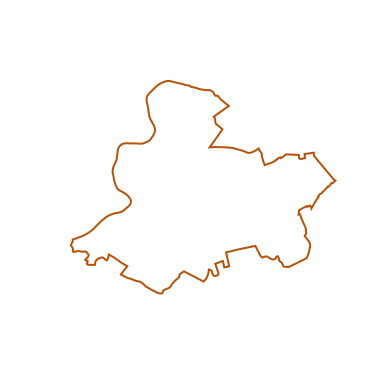 the district of Thu Dau Mot, Bình Dương, Vietnam, rotated 63°
{"feature_id": "81297802B23780781410203", "entity_name": "Thu Dau Mot", "entity_type": "district", "adm_level": 2, "iso_a3": "VNM", "parent_name": "Vietnam", "parent_adm1": "Bình Dương", "projection": "orthographic", "projection_center": [106.667, 11.014], "detail": "fine", "context": "isolated", "style": "outline", "palette": "amber", "viewbox_px": 384, "rotation_deg": 63, "n_neighbors": 0, "source": "geoboundaries", "source_scale": "gbopen_adm2", "svg_char_len": 5156}
<svg xmlns="http://www.w3.org/2000/svg" viewBox="0 0 384 384"><g transform="rotate(63 192 192)"><path d="M95.7,146.2L95.6,146.4L95.0,147.5L93.9,149.0L90.9,152.2L87.4,156.4L83.1,161.3L82.2,162.7L81.6,164.6L81.2,166.5L81.0,171.3L81.2,173.2L81.9,176.5L84.1,183.5L85.0,185.9L86.0,188.2L86.3,188.5L87.7,189.8L89.5,190.8L90.7,191.2L91.8,191.5L92.3,191.7L94.1,192.1L97.2,192.9L102.0,194.7L105.1,195.6L107.9,196.0L109.8,196.0L114.8,195.8L115.8,195.8L117.0,196.0L118.2,196.1L119.7,196.7L120.9,197.4L121.9,198.2L123.0,199.6L124.1,200.9L125.2,203.0L126.7,206.2L127.0,207.8L126.8,211.2L126.5,213.4L126.4,213.9L125.6,216.0L124.6,217.6L122.1,222.1L120.4,225.4L119.2,227.5L119.0,228.0L118.3,229.4L117.7,231.4L117.6,232.4L117.7,233.1L118.0,235.0L119.1,237.1L120.8,238.9L123.6,240.8L128.7,244.3L131.6,247.6L133.7,250.3L135.4,251.9L136.9,253.0L138.5,253.8L138.8,253.9L143.1,255.1L144.4,255.5L148.8,256.5L152.8,257.0L155.2,257.0L157.3,256.1L160.8,253.7L162.4,252.6L165.1,251.2L167.2,250.6L170.2,250.1L171.5,250.3L172.9,250.7L173.7,251.4L174.8,252.4L175.8,254.4L177.0,259.6L177.6,262.4L177.5,264.4L177.4,265.4L177.4,265.6L176.9,267.6L175.8,270.9L175.2,275.5L175.2,277.0L175.4,280.1L176.6,285.7L178.1,290.4L180.4,297.5L180.9,299.7L181.2,301.5L181.5,304.3L181.6,307.0L181.4,311.0L180.4,318.7L180.1,319.9L181.8,320.6L182.4,321.3L182.8,322.2L183.4,322.9L184.4,324.0L185.2,324.1L186.6,323.8L188.3,323.8L189.4,324.3L190.3,325.0L191.1,325.0L191.8,324.6L192.2,323.2L192.5,321.3L193.2,319.7L194.8,317.7L196.2,315.0L196.8,313.7L197.5,313.3L200.7,312.6L201.2,312.7L202.2,313.5L203.0,315.0L203.6,317.0L203.9,317.9L204.4,318.0L205.4,317.0L205.9,316.4L206.4,316.4L206.7,316.6L207.3,317.4L207.8,318.1L208.5,318.2L209.0,318.1L209.5,317.6L210.2,316.8L211.3,314.7L212.0,313.2L212.9,311.8L212.8,311.5L210.4,309.8L209.7,308.9L209.4,308.1L209.1,307.1L208.7,306.3L209.1,304.9L209.2,302.4L209.4,301.9L209.9,301.3L210.8,300.7L213.2,299.7L214.2,299.0L212.9,296.7L209.9,294.5L214.8,291.3L219.5,288.8L222.9,287.1L228.7,283.3L233.2,292.9L236.1,290.8L239.2,288.6L241.2,286.3L243.2,284.5L246.1,282.0L246.5,281.4L247.4,280.1L248.7,278.8L251.1,277.4L255.1,276.1L258.0,274.2L261.8,271.8L263.9,270.1L265.3,269.1L265.8,268.6L266.3,268.5L266.7,268.1L268.1,266.3L268.8,264.8L268.6,264.3L267.9,263.5L267.0,262.7L266.7,261.8L266.7,260.2L266.9,257.6L267.0,255.5L266.5,253.9L265.1,251.8L263.5,248.0L262.9,245.6L262.7,244.4L262.1,242.5L261.6,241.8L259.7,240.1L259.0,235.2L277.1,222.3L275.9,219.2L274.2,216.8L272.4,214.8L269.8,212.8L268.7,212.2L269.4,211.3L270.1,210.8L270.5,210.6L271.4,210.3L272.0,210.3L273.3,210.7L273.8,210.8L274.4,210.8L275.9,210.8L277.0,210.2L277.8,207.7L277.6,206.3L277.1,205.6L276.4,205.3L266.5,203.8L266.8,201.5L267.0,200.4L267.1,197.9L267.4,196.6L267.6,195.8L273.7,197.5L274.0,197.2L275.1,192.6L261.3,189.0L261.7,187.2L264.6,175.3L268.8,160.0L279.0,160.0L281.7,159.6L282.4,159.0L282.6,156.6L283.2,154.8L284.5,153.8L288.3,151.4L288.8,150.8L289.1,149.8L289.2,149.2L289.3,148.1L289.0,147.5L288.4,146.8L288.2,146.5L287.9,145.7L288.2,144.7L288.9,144.6L289.3,144.8L289.9,144.9L291.2,144.7L291.5,145.0L291.5,145.3L292.0,145.5L292.7,145.5L293.6,145.1L294.3,144.9L294.9,144.3L295.8,144.1L299.5,144.2L300.0,144.2L301.6,142.0L302.8,139.4L303.0,121.3L303.0,120.2L302.5,119.5L301.8,118.3L301.3,117.8L300.7,117.1L297.9,114.5L294.4,111.7L293.7,111.2L292.3,110.6L291.4,110.4L290.3,110.3L288.8,110.4L286.6,110.7L285.5,110.9L283.0,111.5L282.5,111.6L282.3,111.6L282.2,111.5L282.1,111.3L281.8,110.7L281.1,109.5L280.7,109.1L279.9,108.7L277.1,107.6L275.8,107.1L275.0,107.0L272.7,106.9L269.9,106.8L268.5,106.7L267.2,106.6L265.5,106.6L264.4,106.4L261.9,106.0L261.0,105.8L260.9,106.2L260.7,106.9L260.5,107.4L256.9,104.9L256.6,100.5L256.7,98.3L256.7,96.2L257.4,96.2L257.5,96.0L257.5,94.9L257.9,92.8L258.3,92.7L258.7,92.8L259.2,92.9L260.5,93.0L260.9,93.1L258.5,89.5L255.1,84.0L253.8,81.5L253.6,81.4L253.3,81.4L253.1,81.5L252.1,79.4L251.9,77.0L251.7,76.5L250.7,73.5L249.2,69.3L248.8,68.4L248.8,68.2L249.1,68.1L249.3,68.0L249.3,67.8L247.9,64.8L247.4,63.7L247.7,63.6L247.9,63.5L247.9,63.4L247.9,62.3L247.4,61.1L247.3,60.3L247.0,59.0L246.5,59.2L246.0,59.7L245.5,59.9L242.4,60.7L220.9,65.6L215.6,66.8L212.2,65.7L209.3,74.5L213.1,75.9L211.9,80.2L211.7,80.6L211.1,81.1L210.5,81.2L207.6,80.0L207.2,80.5L204.5,85.2L201.3,91.0L201.1,91.3L201.2,91.5L202.0,95.0L202.2,97.5L201.1,97.7L201.1,100.0L201.1,100.7L201.7,101.0L201.6,102.2L201.7,103.4L201.9,103.4L202.2,105.9L201.7,109.9L201.1,115.0L198.2,114.7L196.3,114.4L194.0,113.9L191.5,113.3L190.8,113.1L190.0,112.5L189.1,112.4L188.5,112.5L185.6,113.0L183.5,112.9L184.0,118.3L183.7,121.6L183.2,123.2L182.5,124.4L178.2,128.2L171.5,135.4L169.0,139.1L165.8,144.7L162.1,151.7L160.3,156.0L152.1,140.3L149.8,136.4L147.8,137.3L144.3,138.7L142.3,139.7L141.4,139.6L140.4,139.5L139.6,139.2L137.6,138.3L136.8,138.2L135.7,138.2L134.9,138.5L134.0,133.5L132.0,120.1L126.0,122.9L122.6,124.3L118.9,125.2L117.4,125.8L117.4,126.4L117.3,126.9L116.8,127.4L115.8,127.7L113.0,127.8L111.7,128.2L110.4,128.9L109.7,129.6L109.4,129.9L109.1,130.3L108.6,131.4L107.7,133.1L105.4,136.4L103.6,138.7L101.8,140.4L100.3,142.0L98.6,144.3L97.8,145.1L95.7,146.2Z" fill="none" stroke="#b45309" stroke-width="2"/></g></svg>